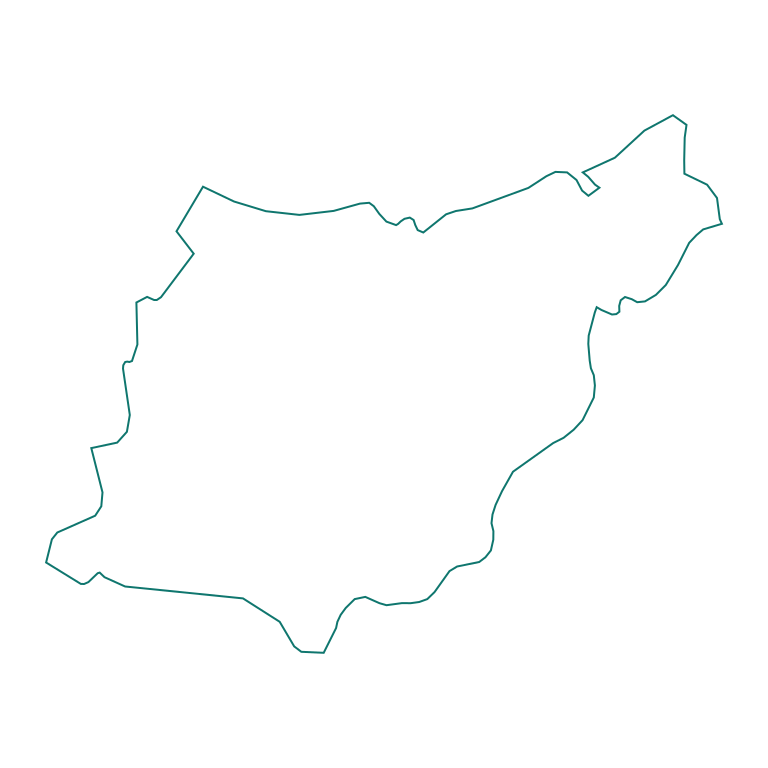 SVG path tracing the border of Gipuzkoa
{"feature_id": "ESP-5823", "entity_name": "Gipuzkoa", "entity_type": "Autonomous Community", "adm_level": 1, "iso_a3": "ESP", "parent_name": "Spain", "parent_adm1": "", "projection": "albers", "projection_center": [-2.13, 43.148], "detail": "fine", "context": "isolated", "style": "outline", "palette": "teal", "viewbox_px": 768, "rotation_deg": 0, "n_neighbors": 0, "source": "natural_earth", "source_scale": "10m", "svg_char_len": 1737}
<svg xmlns="http://www.w3.org/2000/svg" viewBox="0 0 768 768"><path d="M686.5,124.9L684.7,137.6L684.2,160.4L684.4,173.7L707.1,184.7L717.0,198.0L719.8,219.2L721.9,223.8L703.2,229.4L696.5,235.1L689.2,242.8L678.0,265.0L665.8,285.0L655.9,294.9L645.0,301.4L637.2,302.2L631.8,299.2L625.0,297.0L620.7,300.3L619.2,305.9L619.4,311.7L616.3,314.1L612.0,314.5L601.5,310.0L596.7,307.2L594.8,312.5L588.7,335.6L588.3,343.9L589.7,360.6L590.9,368.3L593.8,375.2L594.9,385.5L593.8,397.5L582.6,420.1L573.7,429.7L563.6,437.8L553.1,443.1L513.0,471.7L502.0,491.2L495.6,504.9L492.5,514.5L491.5,523.2L493.4,531.1L493.3,539.7L490.9,550.4L485.5,557.2L479.2,562.0L457.1,566.5L449.5,571.1L434.6,592.0L427.3,599.1L419.2,602.0L410.6,603.2L402.1,603.1L386.5,605.2L379.5,603.2L365.3,596.9L354.7,599.1L345.7,608.0L340.7,614.8L337.4,621.8L336.1,628.0L323.7,652.8L301.3,651.8L294.2,646.4L279.7,621.8L243.0,598.4L125.1,586.5L104.5,577.2L99.7,572.6L97.7,573.2L88.4,582.1L84.1,584.0L80.8,583.9L46.1,562.5L51.9,539.3L57.3,532.5L95.2,515.7L101.3,506.3L102.5,492.4L91.3,448.1L117.2,442.6L126.9,431.8L129.8,415.0L123.0,368.5L123.3,365.2L125.2,362.0L127.2,361.6L129.4,362.0L132.0,361.0L137.4,344.5L136.4,302.5L147.1,296.9L154.1,300.0L156.8,300.0L161.0,297.2L193.7,253.7L176.5,231.3L203.0,186.7L234.0,201.5L265.9,211.2L299.4,214.9L333.7,210.9L360.0,203.6L369.2,202.8L373.8,206.2L379.3,213.9L386.4,221.6L396.1,225.1L398.1,223.9L400.7,221.4L404.5,218.8L409.8,217.6L413.6,220.0L415.3,225.1L417.7,230.1L423.3,232.5L446.1,214.3L455.9,211.0L472.4,208.4L528.4,187.9L546.4,176.2L555.4,171.9L567.1,172.4L576.5,180.0L582.1,190.6L588.4,195.8L599.4,187.7L595.0,184.6L588.2,176.8L582.8,172.4L614.9,157.7L644.4,130.6L672.9,115.2L686.5,124.9Z" fill="none" stroke="#0f766e" stroke-width="2"/></svg>